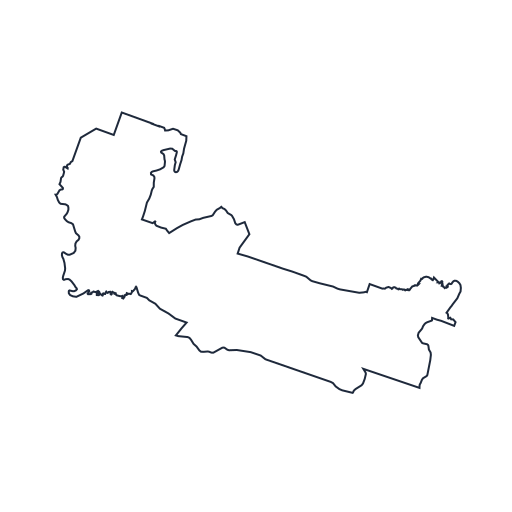 outline of Liverpool, New South Wales, Australia, rotated 190°
{"feature_id": "25037944B81685478885528", "entity_name": "Liverpool", "entity_type": "district", "adm_level": 2, "iso_a3": "AUS", "parent_name": "Australia", "parent_adm1": "New South Wales", "projection": "albers", "projection_center": [150.793, -33.953], "detail": "fine", "context": "isolated", "style": "outline", "palette": "slate", "viewbox_px": 512, "rotation_deg": 190, "n_neighbors": 0, "source": "geoboundaries", "source_scale": "gbopen_adm2", "svg_char_len": 6048}
<svg xmlns="http://www.w3.org/2000/svg" viewBox="0 0 512 512"><g transform="rotate(190 256 256)"><path d="M266.3,276.3L273.0,287.4L279.0,283.8L279.9,283.5L281.0,283.8L282.1,284.7L284.1,288.4L286.6,291.4L287.4,292.0L291.3,293.4L293.4,295.6L295.2,296.8L297.3,297.3L298.7,298.4L299.9,297.0L302.7,294.7L304.0,292.6L305.7,288.6L306.8,287.7L314.6,284.4L318.2,282.3L321.8,281.4L326.0,278.9L333.5,273.9L338.7,269.7L345.5,263.5L348.2,265.8L349.5,267.2L354.4,267.5L359.3,268.5L360.5,269.5L361.3,270.7L361.4,271.5L360.9,273.1L363.5,270.4L374.7,272.2L374.1,275.3L373.3,281.0L372.7,289.7L371.1,294.0L370.3,298.0L370.0,302.5L369.6,304.2L368.7,306.3L369.4,310.5L369.5,315.1L369.9,316.3L371.1,317.5L373.5,318.1L373.9,319.6L373.3,320.7L372.1,321.5L369.0,322.8L365.5,324.7L362.4,327.3L361.7,328.8L362.0,333.0L362.4,334.3L362.9,335.3L363.9,339.1L364.8,340.3L367.4,341.5L367.7,342.4L367.0,343.3L365.5,344.2L359.2,346.9L357.1,347.1L354.1,345.4L352.7,345.5L352.2,345.2L352.0,344.3L352.2,341.4L352.8,337.0L351.4,334.4L351.7,331.4L351.5,326.6L351.3,325.7L350.6,324.9L349.9,324.6L348.9,324.8L348.1,325.3L347.4,326.5L347.1,328.2L346.6,333.3L346.0,337.5L346.0,341.1L345.4,344.4L345.5,349.2L344.7,357.4L345.3,361.9L351.1,363.0L352.0,364.3L354.9,366.2L359.8,366.9L364.2,364.5L367.3,363.8L367.9,365.1L368.7,366.3L373.9,367.2L373.9,366.8L381.2,368.1L381.0,368.4L413.1,374.0L417.1,350.5L435.5,353.7L449.1,342.1L453.3,317.6L454.7,316.3L455.3,314.4L457.5,313.1L457.9,311.8L457.5,310.7L456.7,310.0L456.7,309.5L459.4,310.6L460.2,310.6L460.8,310.0L460.8,307.5L459.6,305.7L459.6,304.7L459.9,301.5L460.3,300.6L461.1,299.8L461.5,298.9L461.4,295.1L462.0,292.6L458.0,289.5L457.8,288.6L458.2,288.0L459.8,287.5L460.9,286.6L462.4,282.6L463.1,281.8L464.0,281.6L462.3,279.5L460.9,276.8L459.2,274.6L458.3,273.9L457.4,273.5L452.6,273.8L451.2,273.3L449.8,272.6L449.1,270.9L448.8,268.9L449.2,266.3L449.7,264.8L451.7,261.4L451.6,260.3L450.8,259.3L448.4,257.5L446.5,256.7L443.6,256.3L441.7,255.4L438.4,248.9L437.3,247.2L434.3,245.4L433.3,244.2L433.1,242.7L433.6,241.1L435.2,239.2L436.0,236.9L435.8,234.6L435.0,232.6L434.8,229.8L436.1,227.3L439.7,224.9L441.5,224.6L443.3,225.1L446.0,226.3L447.1,225.9L447.5,224.9L447.3,223.1L446.4,221.2L445.2,219.7L443.4,215.9L441.8,210.7L441.6,208.4L442.4,203.0L442.5,201.2L442.1,199.7L441.3,199.2L440.9,199.2L439.4,200.1L438.4,200.4L437.0,200.7L435.5,200.4L433.3,199.0L429.7,195.7L428.5,194.2L427.0,193.0L426.6,192.2L427.3,190.9L428.9,189.8L430.3,189.5L433.7,189.7L434.2,189.2L434.2,188.3L433.8,186.7L432.2,185.2L429.3,184.5L425.8,184.6L419.5,189.1L415.6,193.0L414.9,193.3L414.4,193.1L414.2,192.5L414.3,191.6L415.3,189.8L415.1,189.4L414.7,189.2L412.0,189.8L411.6,190.2L412.0,190.9L411.9,191.3L410.7,191.8L409.9,192.8L408.3,192.6L407.3,192.8L405.4,194.2L404.2,193.5L403.5,192.2L403.9,192.0L406.4,192.5L406.5,192.2L406.0,189.9L404.1,190.1L402.5,191.6L400.8,190.5L400.2,190.4L400.1,190.6L400.2,191.7L400.1,192.5L399.8,192.7L398.9,192.3L398.0,192.4L397.8,193.8L397.3,194.9L396.0,193.8L395.4,194.1L394.8,195.0L393.1,195.5L392.5,194.9L392.8,194.2L392.7,193.4L391.9,192.9L391.5,193.3L391.6,195.1L391.1,195.8L389.7,195.1L388.7,195.2L388.2,194.8L389.0,194.6L388.9,194.2L388.1,194.1L387.6,194.6L387.1,193.6L386.4,193.1L382.9,192.8L381.2,193.1L380.8,193.4L380.4,192.8L380.5,191.4L379.3,191.1L378.3,193.2L378.8,193.9L378.7,194.4L378.0,195.0L376.8,195.1L376.2,195.7L376.4,196.0L376.9,196.0L376.8,197.0L374.9,196.6L373.7,196.9L373.0,196.7L372.6,196.9L371.9,198.9L372.1,199.9L371.3,199.8L371.0,200.1L369.5,202.5L369.2,203.5L369.2,204.2L368.8,204.9L368.3,204.5L365.7,199.4L364.3,197.4L363.1,197.0L356.2,195.8L353.4,193.8L346.8,191.5L341.5,187.4L332.2,184.2L324.6,180.4L312.8,178.4L316.9,171.6L321.1,163.9L318.6,163.6L309.2,164.3L307.3,163.8L305.5,162.3L302.2,158.6L298.8,156.5L295.4,153.2L293.6,152.2L291.1,152.5L286.9,153.6L285.7,153.6L283.1,153.1L281.2,153.4L273.3,159.8L272.1,160.2L271.1,160.2L267.9,158.7L266.1,158.5L258.6,160.1L244.5,160.4L234.1,158.8L228.9,156.0L227.4,155.7L160.6,145.0L158.1,144.2L154.9,141.4L150.8,139.4L147.8,138.7L137.1,138.0L136.8,138.3L136.4,140.0L135.9,140.9L134.8,142.3L129.6,147.0L128.5,149.0L127.6,153.8L127.3,158.9L127.8,160.2L130.7,163.5L72.1,154.5L72.4,156.6L72.4,157.9L71.8,159.5L71.1,162.9L70.3,164.6L67.1,167.4L66.6,168.5L66.3,183.6L66.6,189.0L67.3,191.3L69.5,193.9L70.6,197.4L71.1,198.2L72.2,198.8L76.4,199.0L77.4,199.3L82.1,204.2L82.8,206.0L82.5,208.7L80.1,212.8L79.7,213.8L79.3,215.8L78.3,218.0L77.4,219.3L75.9,220.5L71.7,222.9L71.5,223.3L71.8,225.6L66.7,224.7L62.3,224.3L48.7,221.6L48.0,225.5L50.8,227.8L52.8,227.5L53.9,228.9L55.6,227.8L55.9,227.9L56.0,229.1L56.8,231.7L57.6,232.8L58.5,233.2L55.6,239.3L54.8,240.6L53.9,242.6L50.4,249.3L49.2,254.3L48.4,256.5L48.7,260.1L49.6,262.9L51.0,264.5L52.8,265.7L54.3,266.3L56.0,266.2L57.1,265.5L58.0,264.1L58.6,262.6L59.1,262.2L59.9,262.1L61.0,262.5L61.3,262.1L62.3,260.9L61.9,259.5L63.0,259.4L62.9,258.8L62.4,258.3L63.1,257.7L64.1,257.8L64.6,257.2L66.4,258.7L66.5,258.4L66.9,258.5L67.4,259.3L67.9,259.1L67.9,260.1L67.4,260.2L67.3,260.6L68.0,261.9L68.0,263.0L68.5,263.5L69.0,263.4L69.3,262.6L69.2,262.0L70.2,261.9L70.2,261.1L70.7,260.9L71.0,261.7L72.2,261.6L71.9,262.0L77.0,265.7L77.2,263.9L77.7,262.9L78.8,263.3L79.1,263.8L79.7,263.9L79.9,264.3L80.6,264.3L82.3,265.1L84.8,265.2L87.1,264.1L88.1,263.1L88.3,262.4L88.9,262.1L89.4,262.2L89.8,260.3L91.7,257.1L91.8,256.1L91.0,256.3L91.4,255.7L92.2,254.8L93.8,254.9L94.2,254.5L94.8,254.6L95.1,254.0L96.8,253.2L98.9,249.5L98.8,249.4L99.3,248.8L100.1,248.8L100.3,249.1L100.1,249.5L100.7,249.7L101.1,249.6L101.6,248.7L102.9,248.6L103.2,248.1L104.5,248.8L105.6,248.2L106.4,248.6L108.8,248.3L109.4,248.7L110.1,247.9L110.7,248.3L112.2,248.4L113.0,249.1L114.6,249.3L115.6,248.7L116.0,247.7L116.5,247.2L117.5,247.9L120.1,248.5L122.3,247.4L123.4,246.2L125.0,246.1L125.9,245.8L139.2,248.1L140.5,239.6L141.6,239.8L143.6,238.9L147.9,237.7L167.5,237.7L170.1,238.0L174.8,239.3L188.5,240.2L196.3,241.0L198.0,241.5L202.8,244.3L204.5,244.7L217.8,247.0L227.3,248.2L264.0,254.1L274.5,255.2L273.6,261.4L266.3,276.3Z" fill="none" stroke="#1e293b" stroke-width="2"/></g></svg>